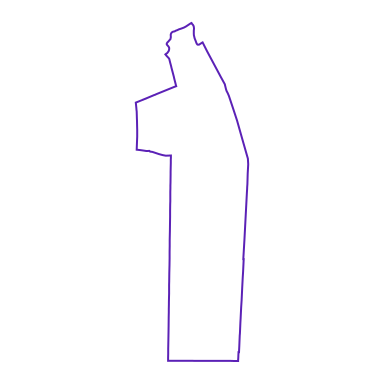 outline of Suditi, Ialomita, Romania
{"feature_id": "2599482B50390168033912", "entity_name": "Suditi", "entity_type": "district", "adm_level": 2, "iso_a3": "ROU", "parent_name": "Romania", "parent_adm1": "Ialomita", "projection": "mercator", "projection_center": [27.583, 44.543], "detail": "fine", "context": "isolated", "style": "outline", "palette": "violet", "viewbox_px": 384, "rotation_deg": 0, "n_neighbors": 0, "source": "geoboundaries", "source_scale": "gbopen_adm2", "svg_char_len": 2952}
<svg xmlns="http://www.w3.org/2000/svg" viewBox="0 0 384 384"><path d="M238.1,361.0L238.1,360.8L238.1,360.0L238.2,359.3L238.2,359.2L238.3,357.3L238.4,354.6L238.5,352.9L238.5,352.2L238.9,352.2L239.0,352.2L239.3,346.0L239.5,341.0L239.7,336.4L239.7,335.9L239.9,333.7L240.0,331.6L240.1,329.3L240.4,322.4L240.6,318.8L240.9,312.7L241.2,306.7L241.6,300.6L242.2,287.8L242.7,278.1L243.1,271.6L243.7,259.1L243.3,259.1L244.4,240.4L246.3,204.1L246.5,200.2L246.9,192.6L247.1,189.3L247.2,186.9L247.4,184.1L247.7,173.6L248.2,164.7L248.2,164.0L247.9,158.8L247.9,158.7L241.7,137.0L237.1,120.7L233.3,109.1L228.9,95.9L227.7,93.1L226.5,90.8L226.3,90.1L226.0,89.2L224.9,84.7L224.9,84.4L220.5,76.4L220.2,75.8L207.0,51.1L202.6,42.4L202.2,42.6L199.6,44.3L199.1,44.6L198.7,44.7L198.1,44.7L197.5,44.6L197.2,44.3L196.7,43.6L196.3,42.7L195.7,41.0L194.7,38.5L194.6,38.2L194.1,36.1L193.9,35.3L193.8,33.9L193.8,32.1L193.8,30.6L193.9,29.8L194.0,28.5L193.8,26.8L193.5,25.8L192.9,24.8L192.1,24.0L191.5,23.0L190.8,23.3L189.7,24.0L186.1,26.4L185.2,26.9L184.3,27.4L183.1,27.9L181.2,28.6L180.3,28.9L179.0,29.3L178.2,29.7L176.9,30.3L176.2,30.5L175.4,30.9L174.8,31.3L174.1,31.5L173.3,31.6L172.6,31.9L172.0,32.3L171.5,32.8L171.1,33.5L170.8,34.3L170.7,35.1L170.8,36.0L170.8,36.7L170.8,37.4L170.6,38.2L170.5,38.8L170.4,39.2L169.9,39.7L169.2,40.5L168.7,41.1L168.0,41.9L167.6,42.2L167.1,42.9L166.8,43.4L166.7,44.2L167.2,45.1L167.9,45.8L168.6,46.7L169.1,47.6L169.2,48.5L169.1,49.6L168.8,50.8L168.0,52.0L167.2,53.1L166.1,53.8L165.4,54.4L166.7,56.0L168.5,57.9L169.0,58.5L169.3,59.1L170.2,62.8L170.7,64.6L171.2,66.5L171.4,67.5L171.8,69.0L173.2,74.3L173.9,77.0L174.1,78.0L174.8,80.8L175.4,83.1L175.9,85.1L176.2,86.2L174.0,87.0L156.0,94.3L155.3,94.7L154.3,95.0L147.4,97.9L135.8,102.6L136.4,108.5L136.4,109.0L136.7,111.6L136.8,115.1L136.9,118.5L137.0,120.8L137.1,126.0L137.2,129.9L137.2,130.9L137.2,131.0L137.2,134.2L137.2,136.6L136.7,149.7L140.3,150.1L141.0,150.2L143.8,150.6L144.4,150.7L145.7,150.9L146.1,151.0L147.5,151.0L149.4,150.9L150.1,151.6L152.4,151.9L159.0,154.1L162.7,155.1L164.8,155.5L165.8,155.7L168.1,155.6L170.9,155.5L170.9,157.6L170.8,159.6L170.8,162.9L170.6,171.8L170.6,174.3L170.5,182.4L170.4,185.7L170.4,186.8L170.4,188.3L170.3,191.9L170.3,196.4L170.3,198.9L170.3,201.4L170.2,204.1L170.1,210.7L170.1,213.3L170.1,217.0L170.0,223.4L169.9,230.9L169.7,240.1L169.7,246.1L169.6,251.5L169.6,256.0L169.6,258.2L169.5,264.9L169.3,273.1L169.2,281.2L169.1,285.1L169.1,286.9L169.1,290.6L169.1,293.7L169.0,297.5L168.9,302.5L168.9,304.2L168.8,309.0L168.8,312.3L168.7,317.0L168.6,326.2L168.5,332.8L168.3,344.0L168.2,348.8L168.2,353.8L168.1,357.8L168.1,359.2L168.1,360.8L173.2,360.8L177.0,360.8L181.9,360.8L185.0,360.8L189.4,360.8L192.4,360.8L195.3,360.9L202.1,360.9L204.4,360.9L208.1,360.9L212.9,360.9L215.0,360.9L216.7,360.9L218.1,360.9L219.4,360.9L222.3,360.9L224.7,360.9L225.9,360.9L228.6,360.9L231.2,360.9L234.1,361.0L235.0,361.0L238.1,361.0Z" fill="none" stroke="#5b21b6" stroke-width="2"/></svg>